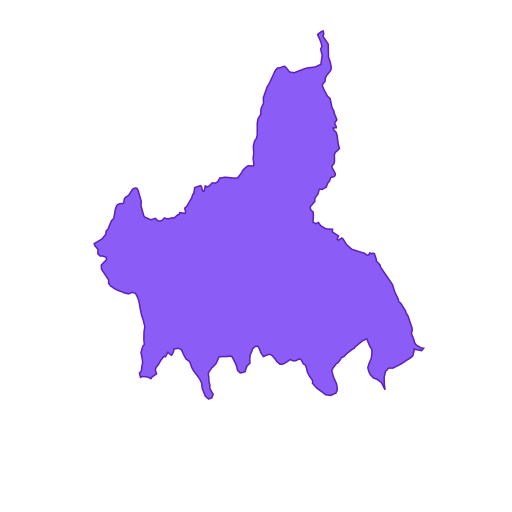 Gueckedou, Guéckédou, Guinea (Natural Earth projection), rotated 155°
{"feature_id": "49546643B20526276358370", "entity_name": "Gueckedou", "entity_type": "district", "adm_level": 2, "iso_a3": "GIN", "parent_name": "Guinea", "parent_adm1": "Guéckédou", "projection": "natural_earth1", "projection_center": [-10.315, 8.69], "detail": "fine", "context": "isolated", "style": "filled", "palette": "violet", "viewbox_px": 512, "rotation_deg": 155, "n_neighbors": 0, "source": "geoboundaries", "source_scale": "gbopen_adm2", "svg_char_len": 5818}
<svg xmlns="http://www.w3.org/2000/svg" viewBox="0 0 512 512"><g transform="rotate(155 256 256)"><path d="M143.1,101.5L145.2,103.0L148.5,107.9L148.9,110.8L148.3,112.8L148.0,119.3L147.8,120.0L147.5,120.9L146.0,122.2L145.6,123.2L145.0,124.7L144.0,134.0L143.6,137.1L144.0,141.4L143.7,143.2L144.8,152.1L145.9,154.3L145.3,156.9L145.4,161.7L145.5,164.3L144.4,172.3L144.6,173.6L145.4,178.6L147.8,193.1L147.4,195.4L149.0,200.9L148.3,202.4L148.3,202.7L147.7,208.1L148.7,209.0L149.0,209.2L149.5,209.2L150.2,209.1L150.7,209.7L151.5,210.7L153.3,209.5L153.6,209.3L154.9,209.5L156.4,212.5L166.2,221.4L169.1,227.9L169.2,229.0L169.3,229.5L169.9,234.6L170.7,236.1L174.9,235.5L175.3,237.0L172.7,239.3L174.7,242.4L176.6,245.4L175.3,247.9L181.2,251.0L184.6,256.3L185.3,260.1L188.0,259.9L190.1,262.5L186.7,268.7L185.6,271.8L186.8,274.3L186.5,276.8L186.2,277.2L185.6,277.9L179.6,280.6L178.7,282.5L178.3,283.4L173.4,286.2L172.5,287.3L170.8,289.4L169.6,289.6L167.9,288.3L163.1,288.8L161.0,291.0L160.4,291.5L160.0,291.8L157.6,293.0L155.1,295.5L153.0,295.2L151.7,294.9L150.9,295.3L150.3,295.5L149.8,296.4L149.3,297.3L149.7,304.2L149.1,305.6L146.5,306.6L144.8,308.6L142.1,314.8L141.2,315.6L140.1,316.4L139.4,316.6L136.4,317.5L134.9,318.2L134.5,320.9L134.3,322.2L132.4,328.4L131.7,330.5L131.1,333.9L132.3,337.9L131.9,339.5L130.5,338.9L129.2,338.3L128.8,338.6L128.7,338.8L128.6,341.1L128.7,342.7L127.6,344.1L125.7,344.7L125.1,345.6L124.9,348.7L124.8,351.8L124.4,353.5L124.2,354.1L124.3,358.7L123.9,360.3L122.3,367.4L123.7,370.8L124.1,377.4L123.9,381.9L123.8,382.6L122.5,383.8L119.7,385.0L117.9,388.0L115.8,389.7L109.8,392.7L108.3,394.5L107.7,396.8L106.9,399.6L106.5,403.2L106.2,405.7L104.7,409.1L101.0,417.5L102.5,426.8L100.7,428.7L100.0,431.6L101.8,431.8L104.7,431.2L106.6,430.7L106.8,422.2L107.4,419.5L107.7,418.1L108.4,417.5L110.0,416.2L111.2,410.0L116.2,402.3L118.3,402.3L120.3,402.3L122.5,402.3L130.9,405.0L144.0,406.0L147.8,408.6L149.3,414.7L149.5,414.9L150.3,416.1L154.6,416.4L157.0,417.3L159.7,416.3L164.7,412.1L171.4,406.5L174.6,404.4L182.5,396.3L184.7,391.2L187.0,389.3L189.3,387.3L191.2,383.7L191.8,382.4L192.2,382.1L196.1,379.6L198.6,376.1L203.8,365.1L204.8,363.8L205.9,362.5L208.9,360.6L211.5,357.3L212.1,356.5L214.6,350.1L217.4,345.7L218.0,343.7L218.9,340.8L219.2,340.3L220.2,338.6L225.0,341.1L228.1,340.6L231.9,339.2L234.3,337.3L235.6,336.6L238.4,335.3L239.9,334.4L241.4,335.2L243.4,336.1L250.5,340.4L255.3,341.8L255.9,342.0L259.1,339.6L262.2,339.2L264.8,340.8L268.6,339.3L269.8,339.3L271.0,339.2L272.3,341.0L274.8,337.8L275.7,336.7L276.6,337.0L276.7,337.6L276.7,337.9L276.8,338.8L276.0,342.0L276.6,343.3L280.7,343.7L282.7,343.8L284.4,341.3L286.1,338.8L287.4,338.5L289.7,335.9L292.6,333.9L297.7,330.3L299.9,329.6L300.4,329.5L301.2,325.7L302.4,324.6L306.7,327.6L308.1,326.2L309.6,326.4L312.3,325.6L314.1,325.0L315.5,325.9L315.9,326.1L317.2,326.3L320.1,326.8L323.1,329.2L325.6,328.1L328.1,328.1L329.3,328.9L330.3,329.6L330.7,331.1L331.2,332.6L333.5,332.9L335.8,333.2L337.5,335.0L339.6,337.4L340.5,338.5L340.7,340.0L339.1,349.6L339.0,350.0L338.5,351.1L336.8,354.3L336.8,354.7L336.3,357.8L335.1,365.2L335.1,365.3L335.2,365.8L335.3,367.7L336.8,368.7L339.5,368.8L345.8,364.8L349.2,364.4L349.9,364.1L351.1,363.5L353.5,360.0L354.8,359.9L357.0,361.0L358.1,361.0L359.4,361.0L359.9,361.0L361.3,360.3L363.6,357.9L363.8,357.7L366.8,353.4L367.5,352.3L369.0,350.2L372.0,349.1L375.9,345.6L379.1,342.6L379.5,342.5L381.0,342.2L381.6,341.3L383.1,339.1L388.5,336.5L396.9,335.6L397.2,335.8L397.5,335.5L397.7,332.9L397.4,332.6L397.0,330.8L396.4,328.9L398.4,324.8L397.2,321.8L395.0,320.8L392.3,318.2L393.2,315.7L396.2,314.7L400.1,313.1L401.6,309.4L400.7,303.2L399.7,296.6L401.1,293.5L400.5,290.3L397.7,285.7L395.4,282.9L392.6,280.2L390.8,278.0L387.4,275.5L383.7,275.4L381.0,273.2L380.8,268.1L381.3,264.1L383.4,256.4L384.8,250.5L385.2,246.0L386.6,239.0L389.6,234.5L393.0,227.6L394.6,223.0L396.8,222.0L401.0,217.2L402.8,210.1L403.9,207.1L405.9,204.5L408.6,200.2L411.1,199.2L412.0,194.8L411.9,194.7L410.8,195.1L409.8,194.6L407.9,193.7L405.0,191.9L403.1,189.2L401.5,190.2L395.9,191.2L395.5,194.9L393.9,197.1L390.6,198.7L386.3,201.7L382.0,203.9L380.6,202.9L376.7,205.9L374.5,201.7L371.5,203.8L369.5,206.4L364.9,204.9L363.2,202.4L363.3,197.9L363.0,192.3L360.9,188.5L360.9,185.7L361.4,182.4L361.0,177.6L359.8,172.7L359.0,168.0L359.0,163.8L360.7,158.7L361.2,150.4L359.4,146.4L356.0,146.1L353.3,148.7L353.6,151.9L353.7,155.9L352.3,158.5L351.7,162.0L349.9,166.4L349.1,169.3L347.7,170.8L343.3,173.3L338.0,175.2L334.1,178.4L332.4,180.2L329.3,179.2L325.7,177.5L322.4,176.4L320.4,175.3L320.1,171.3L320.0,167.6L320.2,163.9L321.1,160.0L319.7,156.6L317.0,156.0L314.7,155.8L313.7,156.9L312.9,158.0L310.4,160.2L306.8,161.4L305.4,164.7L303.3,168.6L300.1,171.3L298.3,173.4L294.6,174.4L292.4,173.3L292.2,170.6L292.5,166.4L291.8,161.7L289.1,161.7L285.3,161.3L283.5,159.2L282.4,155.3L281.7,151.4L280.1,147.9L278.2,146.9L275.6,146.6L270.9,147.3L268.7,147.7L266.9,145.5L264.4,144.3L260.6,144.4L260.4,144.5L259.0,143.1L258.7,138.3L257.3,136.3L257.7,132.7L258.5,129.1L258.3,124.4L257.7,121.3L257.4,119.0L258.6,116.8L257.6,113.4L257.4,112.7L256.5,110.0L253.7,105.1L251.6,100.9L247.2,98.0L241.4,98.0L238.9,100.3L237.6,103.8L237.0,106.6L237.0,108.7L236.9,113.3L236.3,117.4L235.6,120.5L232.9,122.3L228.8,124.4L226.5,124.7L224.1,126.0L221.5,127.8L219.0,127.6L215.0,129.2L210.9,130.1L208.3,130.8L206.0,130.9L204.0,132.0L201.6,132.5L199.5,133.1L198.1,133.4L195.5,134.1L190.7,134.2L191.0,125.9L190.5,122.6L191.8,119.3L194.8,114.5L199.2,110.6L201.9,107.5L202.3,105.3L202.6,103.1L202.6,100.2L201.1,95.8L198.4,93.1L195.9,88.6L195.7,86.6L195.7,83.9L195.6,80.2L193.7,86.0L191.0,92.1L187.4,96.6L183.2,98.3L179.2,96.5L169.2,96.9L163.3,97.9L160.0,98.2L156.4,99.0L153.1,102.8L152.1,104.8L151.2,104.0L149.3,102.7L146.0,100.2L143.1,101.5Z" fill="#8b5cf6" stroke="#5b21b6" stroke-width="1.5"/></g></svg>